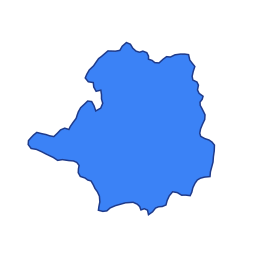 the district of São Francisco do Glória, Minas Gerais, Brazil, rotated 286°
{"feature_id": "56859067B91549743589914", "entity_name": "São Francisco do Glória", "entity_type": "district", "adm_level": 2, "iso_a3": "BRA", "parent_name": "Brazil", "parent_adm1": "Minas Gerais", "projection": "mercator", "projection_center": [-42.282, -20.783], "detail": "fine", "context": "isolated", "style": "filled", "palette": "blue", "viewbox_px": 256, "rotation_deg": 286, "n_neighbors": 0, "source": "geoboundaries", "source_scale": "gbopen_adm2", "svg_char_len": 1883}
<svg xmlns="http://www.w3.org/2000/svg" viewBox="0 0 256 256"><g transform="rotate(286 128 128)"><path d="M164.3,73.1L161.5,77.1L162.1,82.1L157.9,83.8L154.5,87.2L156.9,91.4L152.8,93.3L148.7,94.5L144.8,96.9L139.6,96.3L135.5,92.3L140.1,89.1L143.4,85.8L142.8,81.8L138.8,79.5L134.5,76.9L129.9,75.8L126.6,75.6L123.0,75.5L118.0,73.6L113.5,72.1L110.3,71.6L110.4,67.2L107.6,63.7L103.4,61.5L99.3,59.1L98.9,54.9L99.1,51.0L98.8,47.0L98.6,41.5L95.3,39.2L92.1,37.5L88.5,35.8L84.6,36.6L81.6,40.5L82.2,45.9L81.4,51.5L80.3,56.9L79.1,64.3L77.5,69.3L79.5,73.6L80.4,80.2L81.3,84.6L80.8,88.3L78.5,91.3L75.1,91.6L71.3,92.5L68.3,95.5L68.1,100.4L66.9,103.7L66.9,107.1L63.8,110.3L60.7,113.0L58.3,116.1L54.6,119.3L49.2,121.3L44.4,121.7L40.8,122.2L40.9,126.8L42.5,130.5L46.3,132.9L49.9,137.3L52.8,142.0L55.4,146.2L58.0,153.4L57.3,158.0L55.7,160.9L52.8,163.0L54.9,165.9L54.4,169.4L50.3,171.6L54.2,174.7L58.6,176.5L60.7,179.1L62.0,182.6L64.5,185.7L69.1,185.6L74.3,186.4L79.0,188.5L79.5,193.2L78.2,198.0L79.4,202.0L80.1,206.4L83.9,207.0L88.5,206.8L93.3,207.6L97.2,209.0L99.7,211.4L101.9,215.1L103.9,220.2L108.6,219.3L113.8,219.2L118.7,219.1L124.0,218.0L129.8,217.2L135.4,215.8L137.6,212.7L138.8,209.2L139.0,204.7L140.0,200.2L142.7,198.4L147.2,198.0L151.8,198.5L157.3,199.4L161.9,198.4L164.5,196.1L167.2,193.6L169.6,191.2L172.7,190.1L176.0,191.4L179.2,191.4L180.9,186.8L183.7,184.3L188.6,183.9L191.2,181.6L192.0,177.1L195.4,175.4L200.5,175.1L205.5,175.3L208.0,171.8L210.3,168.7L215.2,166.0L214.7,162.2L213.5,158.0L211.3,153.0L207.9,149.2L207.2,145.4L203.8,142.8L199.1,139.9L198.2,135.8L199.6,132.5L199.8,128.7L202.8,127.9L205.6,125.3L206.0,121.1L204.0,118.2L204.1,114.5L206.0,110.6L209.2,107.2L209.7,102.9L205.0,99.9L200.4,98.8L198.4,94.8L197.4,90.8L196.5,87.4L193.3,85.3L189.5,82.8L186.6,80.6L182.9,79.3L178.3,77.8L173.2,74.8L168.4,73.6L164.3,73.1Z" fill="#3b82f6" stroke="#1e3a8a" stroke-width="1.5"/></g></svg>